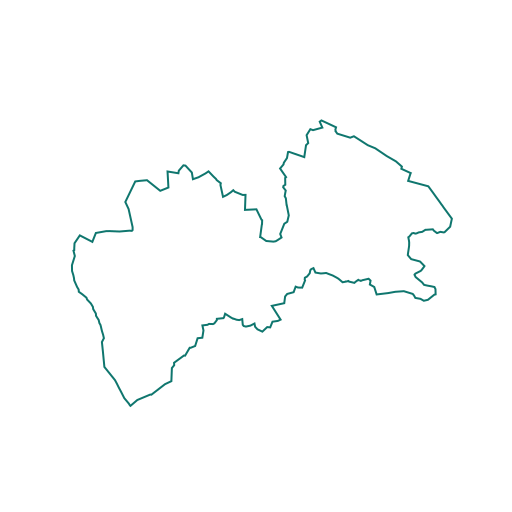 the district of Giade, Bauchi, Nigeria, rotated 59°
{"feature_id": "59680162B9145923747098", "entity_name": "Giade", "entity_type": "district", "adm_level": 2, "iso_a3": "NGA", "parent_name": "Nigeria", "parent_adm1": "Bauchi", "projection": "orthographic", "projection_center": [10.272, 11.415], "detail": "fine", "context": "isolated", "style": "outline", "palette": "teal", "viewbox_px": 512, "rotation_deg": 59, "n_neighbors": 0, "source": "geoboundaries", "source_scale": "gbopen_adm2", "svg_char_len": 3906}
<svg xmlns="http://www.w3.org/2000/svg" viewBox="0 0 512 512"><g transform="rotate(59 256 256)"><path d="M319.8,440.8L318.3,431.9L320.3,418.1L320.7,417.4L321.0,417.1L319.0,400.0L319.7,393.0L308.7,385.8L307.5,382.4L305.3,381.2L304.2,369.0L304.9,368.1L300.5,360.1L301.0,359.4L301.8,354.5L296.4,348.4L298.4,344.1L292.8,339.4L287.9,337.7L290.0,333.0L290.0,331.3L292.2,327.9L292.3,326.4L290.8,322.6L289.7,321.9L292.5,315.9L292.0,314.9L289.6,312.2L295.9,309.1L298.0,307.9L298.0,307.6L300.6,305.5L302.3,303.4L303.0,300.3L308.2,302.8L309.7,302.6L311.3,301.0L312.8,296.7L313.1,292.1L316.2,293.2L319.6,292.5L324.1,289.5L322.7,283.0L324.5,280.6L320.8,275.7L322.9,270.7L323.2,267.7L306.9,268.1L311.0,256.1L305.7,251.9L304.6,248.8L306.4,242.4L302.7,237.8L304.7,236.2L306.9,232.7L302.2,226.5L301.3,226.4L299.8,225.3L299.9,222.8L298.5,218.9L296.1,216.7L295.7,215.4L296.0,213.0L300.8,213.6L304.4,209.4L305.4,207.4L306.7,204.6L309.2,202.7L312.2,200.3L313.9,199.3L316.1,198.0L317.8,197.1L318.9,196.7L323.1,195.3L324.1,192.6L324.1,192.1L324.3,192.0L324.4,191.8L324.7,190.9L324.8,190.2L325.0,189.6L325.8,189.5L329.7,185.5L329.5,184.6L329.4,184.1L329.2,181.9L329.1,180.6L330.0,180.2L330.7,179.3L331.3,179.0L331.6,177.1L332.3,175.0L333.5,171.2L336.1,170.5L339.1,173.1L342.0,171.4L343.5,170.6L351.1,172.4L355.9,161.7L358.4,155.1L362.3,147.4L369.2,141.2L371.2,140.9L374.0,141.0L377.4,137.1L380.8,135.2L382.1,131.2L381.0,123.1L381.4,121.8L376.8,119.2L376.3,119.2L374.5,119.0L372.4,121.2L369.6,124.4L367.3,126.8L364.2,127.2L356.3,130.0L353.7,129.8L353.5,129.5L353.2,128.4L353.6,122.5L353.3,121.3L351.9,117.8L351.4,116.8L345.3,118.2L344.6,118.8L338.6,124.6L335.5,125.1L333.4,125.4L331.6,124.0L330.4,123.0L327.5,120.6L326.1,119.5L323.4,117.8L321.7,117.0L318.4,115.8L318.3,114.6L316.9,110.7L317.5,109.0L318.8,108.0L319.3,106.8L319.6,104.3L320.9,101.1L320.8,97.3L321.1,96.8L324.2,90.7L325.9,90.5L329.5,89.1L329.7,88.8L330.2,85.6L332.5,82.9L332.7,82.1L330.9,74.5L324.9,68.9L310.9,70.2L308.7,70.3L307.2,70.5L305.6,70.6L304.2,70.7L298.7,71.2L292.6,71.7L285.0,72.4L270.0,86.9L264.7,80.9L264.6,80.7L256.1,86.5L254.5,84.9L247.0,87.3L237.6,92.5L225.1,98.3L218.6,103.1L203.8,110.4L203.1,114.3L193.0,123.3L190.2,123.5L190.2,123.4L188.6,122.9L186.9,121.1L186.0,121.7L173.5,130.1L173.7,132.2L180.1,133.0L177.5,142.3L175.3,144.1L178.5,150.4L186.1,153.1L186.8,156.1L187.1,156.3L196.1,163.7L192.6,166.6L183.7,174.1L183.4,175.0L188.0,179.0L190.4,184.1L191.7,185.3L193.4,190.3L203.9,189.6L204.1,190.8L210.0,194.2L210.1,196.4L211.1,197.3L215.2,196.8L217.3,198.7L219.5,200.6L221.9,200.7L228.0,203.5L228.1,203.4L238.1,207.0L242.7,211.5L242.8,211.8L242.9,215.1L249.6,223.9L253.3,224.6L253.5,229.3L253.5,231.5L252.7,233.6L248.4,239.5L242.3,242.2L241.9,242.7L232.3,235.0L231.9,234.5L228.5,232.3L227.6,232.6L216.2,231.6L210.8,241.7L198.2,233.5L196.8,236.0L190.0,241.1L187.9,241.6L188.4,244.5L188.7,249.6L188.3,253.8L176.8,249.9L175.5,248.7L170.7,250.6L169.3,250.6L166.1,251.5L159.0,253.1L159.2,256.8L158.9,264.7L157.7,270.5L151.4,268.0L142.2,269.9L140.9,271.5L143.1,278.2L145.1,279.9L138.0,288.3L152.2,295.8L150.8,304.5L134.9,310.4L131.7,317.0L129.9,321.1L142.4,340.2L150.1,341.0L167.7,346.9L170.2,348.4L170.5,349.5L169.2,351.3L164.7,360.4L159.1,368.9L157.5,371.7L153.8,381.4L159.6,389.0L158.6,389.6L147.6,396.4L151.6,405.0L154.3,406.8L155.3,407.5L157.4,408.8L157.4,409.7L162.7,411.3L169.1,418.5L174.1,421.4L178.2,422.4L181.2,423.4L183.3,424.4L190.4,425.3L193.4,425.3L195.4,426.3L199.6,424.5L200.5,424.2L204.4,422.8L206.3,423.2L211.6,422.0L213.6,422.0L215.6,422.0L217.7,422.9L219.7,422.9L222.7,422.9L223.3,423.1L224.8,423.9L226.8,423.9L229.8,423.8L232.9,424.8L234.9,424.8L237.3,425.5L237.8,425.7L241.0,426.7L245.1,427.7L245.9,428.0L248.1,428.7L250.4,432.4L259.4,436.6L273.0,443.1L289.8,440.8L293.9,441.0L297.4,441.3L298.9,441.4L302.9,441.6L307.2,441.9L310.0,442.1L317.1,441.0L319.1,441.0L319.8,440.8Z" fill="none" stroke="#0f766e" stroke-width="2"/></g></svg>